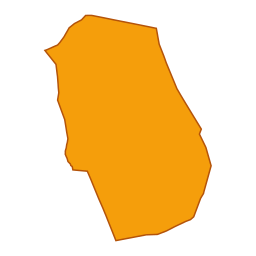 outline of Santa María Yosoyúa, Oaxaca, Mexico
{"feature_id": "50627088B36339688487360", "entity_name": "Santa María Yosoyúa", "entity_type": "district", "adm_level": 2, "iso_a3": "MEX", "parent_name": "Mexico", "parent_adm1": "Oaxaca", "projection": "mercator", "projection_center": [-97.509, 17.107], "detail": "fine", "context": "isolated", "style": "filled", "palette": "amber", "viewbox_px": 256, "rotation_deg": 0, "n_neighbors": 0, "source": "geoboundaries", "source_scale": "gbopen_adm2", "svg_char_len": 1241}
<svg xmlns="http://www.w3.org/2000/svg" viewBox="0 0 256 256"><path d="M115.9,240.6L126.8,238.5L146.3,234.8L157.5,234.4L166.5,230.9L174.8,226.6L185.8,221.4L190.5,219.6L193.7,216.8L200.6,198.3L203.5,193.5L203.9,191.7L211.1,165.8L205.9,147.5L199.4,134.1L201.3,129.1L193.1,115.7L185.5,103.2L180.7,95.2L176.9,88.7L166.1,62.5L164.5,57.9L164.4,57.7L163.8,56.0L159.2,44.3L157.6,35.6L157.6,35.4L156.3,28.3L155.6,28.2L149.3,26.9L133.4,23.7L114.6,20.0L104.3,17.9L92.7,15.6L91.3,15.4L90.5,15.4L89.8,15.4L89.7,15.4L89.3,15.4L88.1,15.4L85.6,15.5L81.5,19.9L74.4,23.6L69.7,27.4L69.5,27.5L69.3,27.6L64.7,35.6L64.6,35.9L63.7,37.3L62.0,39.6L61.7,40.0L59.7,42.7L57.6,45.0L56.3,45.6L56.0,45.7L55.0,46.1L54.8,46.2L46.5,49.9L44.9,50.4L47.2,53.4L47.3,53.5L48.7,55.2L55.3,63.5L56.0,64.4L57.2,74.2L57.5,76.4L58.1,84.2L58.3,87.6L58.4,88.8L58.8,92.7L57.6,100.1L61.6,111.1L64.7,119.5L66.1,128.1L66.7,132.1L67.2,134.8L67.9,138.7L67.6,140.6L67.3,142.5L66.7,144.6L66.2,148.1L65.5,150.3L65.3,151.6L65.4,153.4L65.2,154.0L66.2,156.5L67.1,158.4L68.0,161.6L70.3,163.9L70.8,165.5L72.2,166.5L72.9,169.9L87.3,171.2L90.8,179.3L93.2,185.2L98.7,198.6L103.0,208.4L105.2,213.8L105.5,214.4L107.9,220.5L112.1,231.0L115.9,240.6Z" fill="#f59e0b" stroke="#b45309" stroke-width="1.5"/></svg>